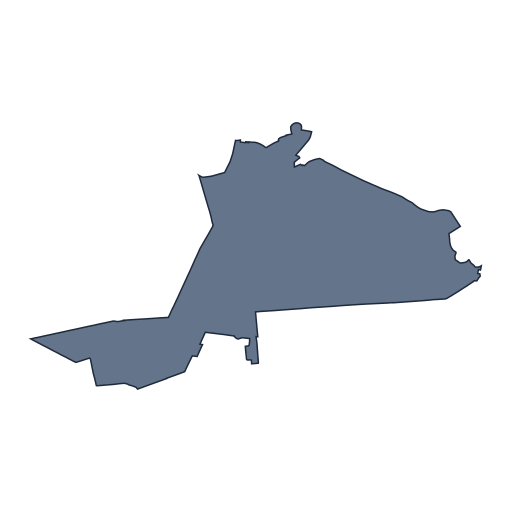 the district of Chiajna, Bucharest, Romania
{"feature_id": "2599482B24366344926060", "entity_name": "Chiajna", "entity_type": "district", "adm_level": 2, "iso_a3": "ROU", "parent_name": "Romania", "parent_adm1": "Bucharest", "projection": "mercator", "projection_center": [25.969, 44.45], "detail": "fine", "context": "isolated", "style": "filled", "palette": "slate", "viewbox_px": 512, "rotation_deg": 0, "n_neighbors": 0, "source": "geoboundaries", "source_scale": "gbopen_adm2", "svg_char_len": 5664}
<svg xmlns="http://www.w3.org/2000/svg" viewBox="0 0 512 512"><path d="M258.3,363.2L258.3,362.5L258.4,362.2L258.3,361.7L258.2,359.7L258.0,357.6L257.9,357.0L257.9,356.2L257.8,355.1L257.6,352.5L257.5,351.9L257.6,351.5L257.6,351.3L257.5,351.1L257.3,348.6L257.0,344.1L256.7,341.2L256.2,338.3L256.2,337.3L256.1,336.6L257.8,336.8L256.1,318.7L255.9,316.1L255.5,311.9L256.6,311.8L257.9,311.7L259.0,311.6L261.3,311.4L275.5,310.5L284.4,309.8L301.3,308.6L302.4,308.5L304.2,308.3L309.3,307.9L311.5,307.7L321.1,307.1L328.3,306.6L331.7,306.4L341.6,305.6L353.4,304.8L353.5,304.8L364.9,304.1L387.9,303.0L393.2,302.6L393.2,302.8L424.9,300.5L433.9,299.6L436.5,299.5L440.9,299.2L444.5,299.0L445.5,298.9L446.6,298.5L447.5,298.0L455.1,293.4L458.8,291.1L462.3,288.8L467.6,285.4L473.9,281.2L474.1,280.7L476.8,280.9L478.6,278.1L480.2,276.2L480.1,275.5L479.9,273.9L477.7,273.5L478.4,269.6L480.5,270.0L481.3,265.8L480.1,266.5L478.2,267.1L477.5,267.2L476.3,267.1L475.2,267.0L473.9,265.4L472.8,264.5L471.2,263.2L470.6,262.4L469.5,260.6L469.2,260.0L468.8,259.8L468.4,260.0L468.0,260.4L467.0,261.5L466.7,261.7L466.0,262.0L464.1,262.6L463.2,262.7L460.6,263.0L460.1,262.9L459.6,262.7L457.6,261.2L455.7,260.0L455.4,259.7L455.2,258.8L455.0,257.6L454.9,256.3L455.0,255.8L455.2,255.2L456.0,252.8L456.0,252.3L455.7,252.0L454.9,251.4L453.6,250.6L453.3,250.3L452.6,249.5L451.5,247.9L450.9,246.6L450.5,245.6L450.3,244.7L449.9,242.8L449.7,241.7L449.6,239.1L449.3,236.6L449.0,234.1L448.9,233.8L449.1,233.5L460.3,226.4L453.1,215.4L450.8,211.8L448.8,210.7L446.5,210.3L444.1,209.9L442.9,209.9L441.8,209.9L438.7,210.4L434.8,211.7L434.6,211.7L432.4,211.9L431.5,211.8L429.6,211.8L427.9,211.4L421.4,209.2L418.3,207.6L414.7,204.9L412.4,202.9L407.3,200.2L402.0,196.8L397.2,194.7L395.4,193.9L392.3,192.6L381.4,188.5L363.5,180.7L340.9,169.8L335.9,167.0L331.8,164.9L330.0,164.0L326.9,162.6L324.7,161.5L323.3,160.2L321.9,159.5L319.7,158.5L316.4,159.1L314.8,159.5L312.8,160.2L309.9,161.3L309.1,161.7L308.8,161.9L308.6,162.0L306.7,163.6L306.0,164.3L305.2,164.9L304.3,165.7L302.8,164.9L302.1,165.5L300.5,164.3L294.4,167.0L294.3,163.3L294.2,162.3L294.9,161.8L295.9,160.9L299.7,157.9L298.9,156.4L298.5,156.3L298.0,156.2L295.8,155.2L296.2,154.7L300.6,149.6L305.6,143.6L307.0,142.0L308.8,139.8L309.4,138.7L309.7,138.1L310.3,136.9L311.2,133.4L311.3,133.1L311.6,131.7L310.8,131.6L310.4,131.5L309.9,131.3L308.7,131.1L307.1,130.9L304.7,130.4L304.0,130.3L302.0,130.1L301.4,130.0L301.5,128.6L301.5,127.1L301.5,126.6L301.3,125.2L301.0,125.1L300.5,124.5L300.3,124.2L300.0,123.8L298.8,123.3L298.0,122.9L296.7,122.9L295.6,122.9L293.5,123.7L292.9,124.2L292.0,124.9L291.0,126.3L290.7,126.8L290.7,127.2L290.7,127.8L290.8,128.5L290.8,129.4L291.2,131.5L291.7,133.3L291.7,133.6L291.8,134.0L287.8,134.8L286.3,135.1L286.5,135.5L280.4,137.6L278.8,138.7L278.8,138.9L278.3,140.0L278.7,140.9L278.5,141.2L278.0,141.4L277.6,141.5L276.6,141.9L275.1,142.5L274.2,142.9L273.7,143.2L268.3,146.3L267.1,147.1L266.2,147.6L265.6,147.4L265.2,147.2L264.3,146.5L263.4,145.8L262.5,145.3L261.8,144.9L260.2,144.0L259.1,143.6L257.9,143.1L256.9,142.7L256.2,142.6L254.4,142.2L253.6,142.3L253.0,142.3L251.8,142.3L251.2,142.1L249.9,142.0L248.7,141.9L248.7,142.6L247.3,142.5L247.1,141.8L245.7,141.8L245.7,142.0L245.7,142.6L244.8,142.6L242.4,142.3L240.4,142.1L240.4,141.0L240.4,140.0L237.2,140.5L236.7,140.5L236.0,140.5L235.5,140.4L232.7,153.6L232.5,154.2L230.1,161.6L224.7,172.4L224.1,172.7L221.4,173.4L218.6,174.2L215.8,175.0L211.9,176.1L210.0,176.4L206.3,176.9L202.7,177.3L201.2,176.6L199.7,175.9L198.9,175.4L199.1,175.8L199.9,178.5L201.5,184.0L201.6,184.3L202.9,188.8L203.0,189.1L203.7,191.6L204.0,192.6L204.3,193.7L204.5,194.3L204.7,194.9L205.5,197.8L206.3,200.5L207.1,203.0L207.9,205.9L208.6,208.1L209.6,211.4L210.6,215.1L211.2,217.5L211.6,219.6L212.4,223.1L213.2,224.8L212.8,225.5L212.8,226.5L212.4,227.0L211.0,229.5L207.6,235.5L204.6,240.6L202.5,244.3L200.3,248.0L198.2,252.6L197.7,253.8L194.9,259.8L190.6,269.5L187.4,276.4L186.6,278.2L184.1,283.6L179.1,294.5L177.4,298.3L176.6,299.9L174.6,304.2L173.6,306.5L173.1,307.5L172.9,307.6L168.4,317.4L158.1,318.0L157.4,318.1L155.4,318.2L146.7,318.8L134.8,319.5L124.4,320.2L124.0,320.2L124.4,320.6L123.2,320.7L121.3,321.0L119.6,321.3L118.5,321.5L117.7,321.6L113.5,321.0L110.3,321.7L107.4,322.3L105.6,322.7L102.6,323.3L97.5,324.4L93.7,325.3L91.0,325.8L82.3,327.7L79.6,328.3L77.2,328.8L76.0,329.1L73.1,329.7L71.1,330.1L68.4,330.7L65.8,331.3L64.8,331.5L59.9,332.6L56.0,333.4L49.3,334.9L46.8,335.4L45.9,335.6L41.8,336.5L37.8,337.4L34.7,338.0L31.7,338.7L30.7,338.9L33.7,340.5L34.5,340.9L35.6,341.5L36.0,341.7L38.6,343.1L39.7,343.6L42.2,345.0L43.2,345.5L46.4,347.1L52.6,350.4L58.3,353.3L60.5,354.5L60.8,354.7L66.6,357.6L69.3,359.1L70.2,359.5L73.0,361.0L74.8,361.9L75.7,362.4L75.9,362.4L76.1,362.3L76.6,362.2L79.2,361.4L88.5,358.4L89.4,358.2L89.5,358.2L89.9,358.2L90.2,358.6L90.5,359.6L91.2,362.8L92.4,369.0L92.5,369.2L93.2,373.1L94.6,378.2L96.0,384.0L96.2,385.3L96.6,385.7L97.9,385.7L108.5,384.8L112.7,384.5L120.3,383.6L121.7,383.5L124.1,383.3L125.8,383.6L127.6,384.1L128.9,384.9L131.9,385.7L136.3,387.4L137.5,389.1L166.7,378.5L166.6,378.3L184.7,371.7L186.4,368.0L192.1,356.2L192.4,355.9L197.1,356.5L200.5,349.0L202.5,344.6L199.9,344.2L205.3,332.3L223.6,334.5L234.2,336.0L234.2,336.4L235.5,337.7L237.2,338.8L238.2,339.0L238.6,338.9L239.1,338.7L240.1,338.4L241.8,337.8L243.8,337.9L245.0,338.0L249.7,338.6L249.5,342.4L249.1,344.9L249.0,345.5L248.7,345.7L248.2,345.9L245.3,346.3L245.6,350.1L246.1,355.2L246.2,355.4L246.5,359.2L246.7,359.5L247.1,359.9L248.1,359.9L248.2,360.0L249.7,359.9L250.7,360.0L251.1,360.0L251.4,360.1L251.6,363.8L254.4,363.6L256.6,363.4L258.3,363.2Z" fill="#64748b" stroke="#1e293b" stroke-width="1.5"/></svg>